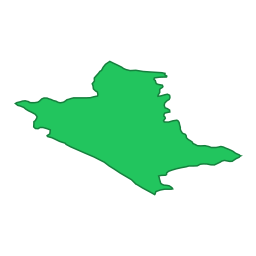 the district of Sollefteå, Västernorrland, Sweden
{"feature_id": "70781695B14713554089347", "entity_name": "Sollefteå", "entity_type": "district", "adm_level": 2, "iso_a3": "SWE", "parent_name": "Sweden", "parent_adm1": "Västernorrland", "projection": "equal_earth", "projection_center": [16.958, 63.453], "detail": "fine", "context": "isolated", "style": "filled", "palette": "green", "viewbox_px": 256, "rotation_deg": 0, "n_neighbors": 0, "source": "geoboundaries", "source_scale": "gbopen_adm2", "svg_char_len": 2674}
<svg xmlns="http://www.w3.org/2000/svg" viewBox="0 0 256 256"><path d="M109.8,61.4L105.5,64.3L103.2,67.2L101.5,70.4L99.9,71.4L98.5,73.3L96.3,75.7L94.3,78.0L94.4,81.1L92.2,83.8L93.0,85.7L93.4,88.9L95.6,91.0L97.4,92.0L97.9,94.6L97.5,96.1L95.6,96.4L93.3,96.9L90.4,97.7L86.3,97.9L78.9,97.9L73.5,97.9L71.1,98.5L68.7,99.3L67.0,99.7L65.5,100.9L63.5,102.2L60.3,102.8L58.0,102.3L56.0,101.2L53.5,100.6L50.8,99.4L49.0,98.9L47.1,98.1L44.0,98.0L41.8,98.9L39.4,101.2L37.8,102.2L34.5,102.7L31.4,102.7L29.4,102.5L28.8,101.7L25.2,100.8L22.4,101.1L20.3,101.8L16.9,102.6L15.4,103.5L17.8,105.4L20.3,106.0L23.9,107.5L25.7,109.1L28.5,110.8L31.7,112.3L35.3,114.3L37.1,116.7L36.7,118.2L36.0,119.4L35.4,120.5L33.9,121.7L33.9,123.7L33.7,126.9L35.4,128.5L38.1,128.7L40.0,127.5L43.0,127.5L47.1,128.7L50.3,129.9L50.0,132.4L49.8,133.9L47.1,135.6L47.5,136.5L52.1,137.8L54.9,139.1L59.4,141.3L62.3,142.3L65.0,143.1L66.1,144.4L70.6,146.8L79.3,150.6L85.2,153.2L94.1,157.0L104.3,162.2L109.1,165.9L114.4,169.2L120.1,173.0L131.5,179.7L136.0,184.2L136.9,184.5L142.6,188.0L150.6,192.3L154.7,194.6L154.9,194.4L155.9,191.6L160.3,190.0L164.6,189.2L171.0,189.2L172.7,188.9L172.4,188.2L170.9,186.9L169.1,185.8L167.1,185.4L163.8,185.1L161.9,184.2L160.7,183.3L160.3,181.8L159.5,179.2L159.3,177.9L158.6,176.0L161.0,175.4L165.5,175.2L166.5,174.6L166.7,172.8L168.6,171.3L172.2,170.0L176.3,168.8L181.1,167.7L186.1,166.8L188.8,166.0L193.1,166.0L197.3,165.8L200.3,164.2L203.4,163.9L207.0,164.0L210.8,164.8L214.4,164.9L216.3,164.0L220.1,162.2L221.8,161.1L224.4,160.4L229.7,161.4L232.1,161.3L234.7,159.6L236.2,158.6L239.1,157.3L240.0,156.2L240.6,155.9L240.1,155.8L239.5,155.0L235.5,153.2L233.1,151.4L231.6,150.6L228.0,149.0L225.4,148.0L223.5,147.1L220.9,146.5L218.3,147.1L216.0,147.5L211.3,147.5L208.6,146.5L204.9,145.7L200.6,145.9L197.4,145.7L195.0,144.4L192.9,143.5L192.4,142.2L190.6,140.9L188.1,139.4L186.4,137.7L186.2,135.8L185.4,134.4L182.4,133.2L180.8,130.6L180.3,129.1L180.3,127.3L179.6,124.8L179.1,122.5L178.1,120.9L176.9,120.2L173.0,120.8L168.5,122.1L164.3,122.0L163.5,120.7L165.3,118.3L165.0,117.1L163.9,116.1L163.9,114.5L164.8,113.1L167.7,112.4L169.8,112.0L169.6,110.1L167.3,108.6L165.0,107.8L164.2,105.3L164.7,103.1L166.8,100.9L169.2,99.4L169.9,97.8L169.8,96.1L169.5,95.2L167.4,94.2L164.3,94.9L160.9,95.9L158.0,96.3L158.0,95.3L159.7,92.5L159.7,89.4L160.6,88.5L162.4,87.4L162.9,86.7L162.4,85.2L158.1,84.4L156.4,83.7L155.9,82.7L155.3,80.5L153.9,79.4L154.4,77.9L159.4,77.2L162.3,77.1L166.5,77.0L166.8,76.1L164.6,74.6L165.0,73.4L161.8,72.7L150.4,72.0L143.2,71.5L135.9,70.3L130.1,70.6L126.4,69.7L125.3,69.3L123.5,68.5L121.7,67.2L117.5,65.1L112.8,62.9L109.8,61.4Z" fill="#22c55e" stroke="#15803d" stroke-width="1.5"/></svg>